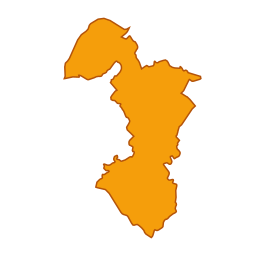 the Region of Trnavský, rotated 5°
{"feature_id": "SVK-1056", "entity_name": "Trnavský", "entity_type": "Region", "adm_level": 1, "iso_a3": "SVK", "parent_name": "Slovakia", "parent_adm1": "", "projection": "mercator", "projection_center": [17.553, 48.32], "detail": "fine", "context": "isolated", "style": "filled", "palette": "amber", "viewbox_px": 256, "rotation_deg": 5, "n_neighbors": 0, "source": "natural_earth", "source_scale": "10m", "svg_char_len": 5905}
<svg xmlns="http://www.w3.org/2000/svg" viewBox="0 0 256 256"><g transform="rotate(5 128 128)"><path d="M60.2,84.4L60.9,81.9L59.7,72.7L60.0,68.9L62.1,66.4L63.6,63.7L70.2,44.6L73.4,39.1L77.9,35.2L79.7,32.8L80.5,29.1L81.7,27.3L88.7,22.2L94.5,20.9L100.8,22.5L115.7,30.1L118.0,29.7L120.5,28.0L120.1,29.2L118.9,32.1L117.5,34.0L113.5,37.9L116.3,39.0L117.9,39.4L118.3,39.4L118.6,39.3L119.1,38.9L121.3,36.2L121.9,36.2L122.6,37.0L124.2,39.2L125.4,40.6L126.1,41.1L126.4,41.2L127.5,41.5L127.9,41.8L128.4,42.5L129.5,44.0L130.2,45.2L130.6,46.5L130.5,47.8L130.3,48.4L129.8,48.9L129.6,49.3L129.4,50.0L129.2,50.5L128.7,51.5L128.4,52.0L128.2,52.7L128.3,53.2L128.5,53.6L129.3,54.3L129.6,54.9L130.0,57.1L130.4,57.6L130.9,58.3L132.2,59.6L133.6,61.7L136.4,67.9L139.5,65.3L140.4,64.7L140.7,64.5L140.9,64.2L141.3,64.2L141.5,64.2L143.4,65.2L147.6,63.9L148.0,63.2L148.4,62.7L148.4,62.0L148.4,61.4L148.4,60.8L148.4,59.9L148.5,59.5L148.6,59.3L148.8,59.2L149.1,59.3L150.0,60.3L150.3,60.4L151.6,60.4L152.0,60.3L152.4,60.1L153.2,59.3L157.3,57.6L159.4,57.0L161.2,57.9L162.3,59.3L163.8,61.9L164.0,62.2L164.5,62.5L166.9,63.7L169.3,64.1L173.8,64.0L174.5,63.8L174.6,63.6L174.5,63.0L174.5,62.7L174.7,62.3L175.1,62.4L175.5,62.8L176.6,63.8L177.6,65.4L178.2,66.0L178.7,66.2L179.4,65.9L179.9,65.6L180.3,65.4L181.1,65.5L181.7,65.8L182.5,66.7L182.8,67.1L183.0,67.6L195.7,70.3L196.0,71.6L196.2,71.9L196.3,72.3L196.0,72.7L195.3,73.2L189.3,75.6L188.2,75.8L187.4,75.7L185.7,74.6L185.3,74.4L184.9,74.3L184.3,75.4L180.3,85.7L180.1,86.1L177.9,88.7L183.6,91.7L184.0,91.7L184.4,92.0L187.3,94.3L193.1,100.2L190.3,103.4L181.1,120.1L178.9,122.3L178.3,125.2L178.2,125.8L178.0,126.5L178.0,127.3L177.4,130.6L177.2,131.1L176.9,131.4L176.6,131.8L176.8,132.4L176.9,132.8L180.3,135.8L179.4,137.4L178.9,138.2L178.7,138.8L178.7,139.3L179.0,139.8L179.0,140.4L178.6,141.1L178.2,141.5L178.1,142.1L178.2,142.8L178.7,144.3L179.1,144.9L179.4,145.2L179.8,145.3L180.1,145.6L181.4,146.9L181.8,147.5L182.1,148.3L182.0,149.4L181.6,150.8L181.2,151.5L180.7,152.0L178.6,153.2L177.1,154.4L176.8,154.5L176.5,154.3L174.7,152.1L174.3,151.9L174.1,152.0L173.6,152.3L172.7,152.7L172.7,153.3L173.0,154.2L174.2,156.4L174.6,157.5L174.5,158.6L174.2,159.5L173.9,159.9L173.6,160.2L173.2,160.4L172.8,160.5L172.5,160.5L172.1,160.4L171.2,159.9L170.3,159.4L169.8,159.3L169.2,159.4L167.0,160.3L166.5,160.9L166.6,161.5L172.3,167.9L173.0,169.2L172.9,170.8L171.9,173.5L171.6,174.3L171.7,174.9L172.1,175.4L173.0,176.1L173.5,176.3L174.2,176.3L176.4,175.5L177.2,175.4L177.6,175.6L177.8,176.3L177.3,177.9L177.2,178.4L177.4,178.7L178.0,179.2L178.4,179.3L179.4,179.4L179.9,179.6L180.1,179.7L180.6,179.7L180.9,179.8L181.3,180.0L181.6,180.8L181.6,181.8L181.0,186.1L181.9,192.8L181.6,197.9L182.5,198.7L182.7,199.3L182.9,200.1L182.8,200.8L182.6,201.4L182.3,202.1L182.1,204.4L183.0,205.9L183.4,206.8L183.2,207.5L182.4,208.3L180.2,209.7L177.1,212.5L175.6,214.6L174.6,215.4L174.1,215.6L173.9,215.6L173.5,215.7L173.1,216.0L172.4,216.8L172.0,217.7L171.5,219.0L171.4,223.2L170.9,224.0L169.9,224.9L167.5,226.8L166.4,227.4L165.7,227.6L165.4,227.5L164.5,227.4L164.0,227.1L163.7,227.0L163.4,227.3L163.1,228.0L162.2,232.5L161.7,234.0L160.7,235.1L155.1,232.1L153.7,230.6L152.7,228.6L150.3,226.3L147.6,224.3L145.7,223.3L144.2,223.6L142.9,224.2L141.5,224.3L139.9,222.6L135.5,216.0L134.3,215.2L131.0,214.5L129.7,213.9L128.4,212.7L115.0,194.8L110.9,191.3L102.4,190.1L101.1,189.7L101.8,184.7L104.2,181.8L104.9,181.3L106.3,180.5L106.7,180.1L106.8,179.6L106.6,178.8L106.4,178.1L106.5,176.9L106.7,176.5L107.0,176.4L107.3,176.6L107.9,176.5L108.8,176.2L110.8,174.5L112.3,173.6L112.8,173.0L112.9,172.8L112.7,172.5L112.5,172.3L112.3,172.2L112.0,172.1L110.0,172.3L109.7,172.2L109.4,172.0L108.7,171.3L107.6,170.5L107.5,170.3L107.5,169.9L107.5,169.4L107.7,168.6L107.7,168.1L107.7,167.7L106.9,166.5L107.0,166.2L107.3,166.0L107.7,166.0L110.8,166.8L112.3,166.7L112.8,166.6L114.1,165.7L115.1,164.8L115.6,164.3L116.2,164.1L116.6,163.9L117.5,163.6L117.8,163.2L118.0,162.8L118.0,162.6L117.8,162.3L117.5,161.9L116.9,161.2L116.7,160.8L116.6,160.5L116.5,159.9L116.9,158.0L117.2,157.5L117.7,157.2L118.2,156.9L119.0,156.4L119.4,156.3L119.7,156.4L119.8,156.7L119.9,157.0L120.0,157.3L120.2,158.0L119.6,159.0L119.5,159.4L119.5,159.8L119.7,160.0L120.0,160.1L121.8,160.3L122.4,160.6L123.4,161.4L124.0,161.6L124.6,161.6L128.1,160.0L132.2,156.8L133.6,156.3L134.3,156.6L134.8,156.2L135.3,155.3L136.1,153.2L136.3,152.3L136.3,151.7L136.1,151.4L135.8,150.9L135.6,150.8L135.4,150.8L134.9,151.0L134.6,150.6L134.3,149.9L134.5,147.8L134.6,146.9L134.3,146.2L131.6,145.0L131.0,144.9L130.7,144.5L130.4,143.9L130.2,142.1L130.3,141.2L130.9,140.0L134.5,135.7L127.4,129.9L126.6,127.7L126.7,127.3L126.8,126.8L127.7,125.1L128.8,122.6L129.1,121.5L129.1,120.7L128.8,120.3L128.5,119.6L128.1,119.0L127.3,118.1L126.9,117.7L126.4,117.5L125.6,117.5L125.2,117.1L124.7,116.4L122.5,112.0L121.9,111.1L120.9,110.1L120.0,108.7L119.6,108.2L118.4,107.2L118.1,106.7L118.2,106.3L118.4,105.9L118.7,105.2L118.7,104.8L118.3,104.5L116.0,104.4L115.4,104.3L115.0,104.1L114.3,103.3L113.3,102.6L113.0,102.2L112.7,102.0L112.4,101.8L112.1,101.8L110.3,101.8L108.7,101.1L108.2,98.9L109.3,96.7L111.3,93.6L111.9,92.7L112.5,92.1L113.7,91.3L106.6,84.3L107.3,82.7L107.2,81.5L108.7,80.7L109.0,80.5L109.2,80.1L110.1,77.6L110.4,77.3L110.8,77.2L111.3,77.3L111.7,77.2L112.1,77.1L112.5,76.6L114.8,73.5L115.5,72.2L116.3,69.9L116.2,68.0L115.9,66.6L115.4,65.7L114.9,65.0L114.3,64.3L113.9,64.0L113.4,63.7L112.0,63.3L111.8,63.1L111.5,62.8L111.2,62.6L110.5,62.4L109.7,63.1L108.5,64.6L104.9,70.6L104.7,70.9L104.6,71.0L104.4,71.1L104.1,71.2L103.9,71.3L103.1,71.9L102.5,72.4L102.2,72.8L102.0,73.2L101.7,74.1L101.5,74.4L101.2,74.7L100.2,75.4L99.0,75.9L98.4,76.3L97.9,76.9L97.4,78.1L96.8,78.7L95.8,79.0L94.2,79.1L91.9,79.7L90.1,80.8L84.7,83.2L83.9,83.4L82.6,83.0L76.9,80.2L75.2,79.7L74.4,79.8L74.8,80.7L75.0,81.2L74.9,81.5L74.5,81.6L68.6,81.9L60.7,84.3L60.2,84.4Z" fill="#f59e0b" stroke="#b45309" stroke-width="1.5"/></g></svg>